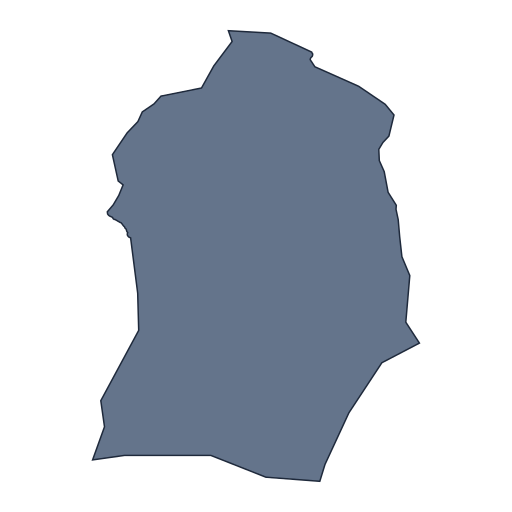 outline of Nariinteel, Övörhangay, Mongolia
{"feature_id": "93677404B10303080752591", "entity_name": "Nariinteel", "entity_type": "district", "adm_level": 2, "iso_a3": "MNG", "parent_name": "Mongolia", "parent_adm1": "Övörhangay", "projection": "natural_earth1", "projection_center": [101.463, 45.858], "detail": "fine", "context": "isolated", "style": "filled", "palette": "slate", "viewbox_px": 512, "rotation_deg": 0, "n_neighbors": 0, "source": "geoboundaries", "source_scale": "gbopen_adm2", "svg_char_len": 1205}
<svg xmlns="http://www.w3.org/2000/svg" viewBox="0 0 512 512"><path d="M319.8,481.3L325.0,464.4L348.9,412.8L381.9,362.7L419.4,343.1L405.8,322.2L409.8,275.6L401.9,256.7L399.7,236.9L398.2,219.6L396.0,209.3L396.3,205.3L388.1,192.3L384.2,171.6L379.3,160.6L378.8,149.3L382.9,142.5L388.9,136.1L394.0,115.0L385.2,104.3L358.7,86.3L314.9,66.8L310.2,59.7L310.4,58.6L310.9,57.6L311.8,56.8L312.3,56.2L312.5,55.6L312.7,54.6L312.6,53.7L312.1,53.1L311.7,52.1L270.7,33.1L228.4,30.7L232.1,41.5L213.8,65.9L201.5,88.0L161.0,96.1L154.0,103.9L142.3,111.9L137.9,121.6L127.2,132.8L112.4,154.7L118.2,181.0L123.1,184.9L118.8,195.4L113.2,204.9L107.3,211.8L107.6,214.0L108.6,215.3L109.9,216.2L111.6,216.9L112.6,217.5L113.1,218.6L114.1,219.4L115.1,219.5L116.2,220.2L117.2,220.7L118.2,221.4L119.1,221.8L120.0,222.4L121.0,222.7L121.8,223.6L122.4,224.4L123.2,225.5L123.9,226.3L124.6,226.9L124.9,227.9L125.5,228.6L126.2,229.2L126.4,229.9L126.6,230.9L127.1,231.9L127.7,232.5L127.5,233.2L127.3,233.9L127.3,234.7L127.5,235.4L128.1,236.3L128.9,237.1L129.5,237.4L130.6,237.8L137.7,293.3L138.7,330.4L100.8,400.7L104.5,426.8L92.6,459.9L124.5,455.4L210.8,455.4L265.9,477.2L319.8,481.3Z" fill="#64748b" stroke="#1e293b" stroke-width="1.5"/></svg>